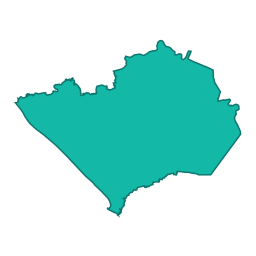 the district of Cuajinicuilapa, Guerrero, Mexico
{"feature_id": "50627088B12095165689012", "entity_name": "Cuajinicuilapa", "entity_type": "district", "adm_level": 2, "iso_a3": "MEX", "parent_name": "Mexico", "parent_adm1": "Guerrero", "projection": "mercator", "projection_center": [-98.579, 16.455], "detail": "fine", "context": "isolated", "style": "filled", "palette": "teal", "viewbox_px": 256, "rotation_deg": 0, "n_neighbors": 0, "source": "geoboundaries", "source_scale": "gbopen_adm2", "svg_char_len": 5629}
<svg xmlns="http://www.w3.org/2000/svg" viewBox="0 0 256 256"><path d="M74.2,80.4L73.8,80.0L72.8,79.9L72.5,79.6L72.4,79.0L73.0,78.2L72.8,78.0L72.2,78.1L71.2,79.0L71.3,80.4L71.2,80.7L71.0,80.8L70.6,80.8L69.9,80.2L69.5,79.2L69.1,79.3L69.0,79.9L68.5,80.3L68.1,80.1L67.9,79.8L67.1,80.0L66.3,79.2L66.0,79.2L65.6,79.4L65.6,80.1L65.9,80.4L65.8,80.8L65.4,81.2L64.6,81.2L63.6,82.1L63.4,82.5L62.1,83.1L62.0,83.3L61.9,84.0L61.7,84.4L60.4,84.8L59.8,84.7L59.1,84.2L58.2,84.5L55.5,84.7L54.0,86.0L54.2,87.3L55.4,88.7L56.3,89.2L57.0,89.2L57.3,89.3L57.7,90.6L57.7,91.1L57.2,91.6L56.3,91.7L55.3,91.1L54.5,91.3L53.3,91.1L52.9,91.7L53.3,92.1L53.2,92.5L51.0,94.4L47.7,94.9L47.0,94.9L46.1,94.5L45.9,94.2L45.9,93.6L45.7,92.9L45.3,92.7L44.6,93.0L43.9,92.8L43.2,93.0L42.0,93.0L41.0,93.5L38.3,93.9L35.8,93.1L35.2,93.3L34.3,94.3L34.1,94.9L33.1,95.7L32.9,95.4L33.1,94.8L32.8,94.5L32.5,94.5L31.6,94.9L31.3,94.7L31.2,94.5L30.3,94.9L30.0,94.7L29.1,95.2L28.8,95.2L28.6,95.0L29.5,94.6L29.3,94.0L28.4,94.1L28.4,94.5L28.0,94.6L27.7,94.3L27.7,93.8L27.4,93.8L26.2,95.0L26.2,95.4L26.5,95.6L26.5,95.4L26.9,95.0L27.6,95.6L27.6,96.2L27.3,96.4L26.9,96.2L25.8,96.8L25.5,97.2L24.8,97.6L23.5,98.0L22.8,97.9L21.1,96.8L20.7,96.8L19.5,97.9L19.4,98.7L19.1,98.8L17.9,98.4L18.1,99.1L18.5,99.3L18.4,99.7L17.9,101.2L18.0,101.7L17.7,102.2L17.2,102.5L15.4,102.7L20.6,109.2L21.9,111.0L23.2,113.0L25.1,116.7L27.9,120.9L29.9,123.4L33.8,127.1L36.5,129.4L44.5,135.4L46.1,136.9L46.6,137.2L46.9,137.5L47.4,137.9L56.5,145.8L66.8,156.1L85.2,175.7L92.7,182.4L93.9,183.7L94.7,184.9L101.9,191.7L103.7,193.8L104.7,194.6L105.8,196.0L106.4,196.4L108.4,198.8L108.7,199.6L109.5,200.9L110.1,202.4L110.8,205.3L110.4,206.6L109.4,208.3L108.8,208.5L107.6,208.1L107.5,208.4L107.8,209.0L108.2,209.5L109.9,210.2L111.9,211.3L112.7,211.5L113.5,212.2L114.0,212.3L116.5,213.3L117.3,214.0L117.6,215.0L118.2,215.4L118.1,215.2L119.1,213.8L119.6,214.1L119.9,213.7L119.3,213.6L119.0,212.9L120.3,212.8L121.1,212.5L121.3,212.1L121.0,211.6L120.3,211.1L120.5,210.9L121.2,210.8L121.3,210.5L119.9,209.5L119.8,209.0L121.7,209.3L122.1,207.6L122.8,206.8L123.5,206.5L123.9,205.5L123.8,205.2L124.1,205.2L124.4,204.9L123.9,202.7L124.5,202.4L124.5,201.9L124.8,201.5L124.4,201.2L124.3,200.8L124.5,200.7L124.8,201.1L125.2,200.4L125.0,200.2L124.7,199.5L124.0,199.1L124.3,199.1L124.4,198.8L124.0,198.5L124.0,198.3L124.9,198.2L125.1,198.7L125.5,198.6L125.7,198.0L126.3,197.7L126.8,196.2L126.8,195.8L127.2,195.7L127.3,195.4L128.8,195.2L129.0,194.0L129.8,193.0L130.7,192.5L131.9,192.4L132.2,192.3L132.6,191.6L133.8,190.3L134.2,189.6L135.8,190.2L136.3,189.8L136.7,189.9L137.4,187.7L139.8,186.8L141.5,186.6L144.4,185.8L144.5,186.9L145.0,187.4L146.5,187.4L146.9,187.0L146.8,186.3L148.0,186.6L148.9,186.6L149.0,186.1L150.8,185.2L153.0,184.5L152.9,182.3L155.7,182.0L155.9,181.8L157.7,181.8L158.7,182.2L159.0,181.9L159.3,181.3L159.4,180.5L159.0,180.4L159.3,179.2L159.6,178.8L160.5,179.4L162.3,179.5L162.6,178.2L164.5,177.9L164.7,177.0L166.2,176.3L166.2,175.7L167.5,174.9L167.5,174.4L168.1,174.5L171.4,173.7L173.5,173.1L173.8,174.6L174.4,174.6L176.5,174.9L176.8,172.7L177.2,172.7L177.0,171.9L177.5,171.5L180.4,171.6L185.4,172.3L188.8,172.3L191.6,173.1L196.3,173.7L198.7,174.8L210.7,174.8L240.6,134.2L240.4,131.6L238.8,127.9L237.0,124.0L235.1,120.9L234.4,117.5L235.3,115.7L235.8,113.7L236.2,113.9L235.8,111.7L236.1,110.7L238.6,109.7L239.0,109.1L238.8,106.3L238.1,105.2L237.1,104.6L235.7,104.3L232.5,105.7L231.7,105.8L230.7,105.8L230.8,105.3L229.7,105.4L229.0,105.2L228.3,104.6L228.1,103.6L229.5,102.1L230.1,100.8L230.3,100.7L230.1,99.9L229.7,99.3L229.3,99.2L225.6,100.0L224.2,100.1L223.5,99.9L220.1,100.7L218.7,101.2L217.8,101.1L217.9,99.9L217.8,99.0L218.2,99.0L220.3,91.7L214.7,82.5L214.1,79.5L213.1,76.9L213.4,76.4L213.1,70.2L208.9,68.0L193.1,61.5L188.0,58.9L189.1,55.8L189.4,55.2L189.5,55.3L190.4,53.4L191.0,51.3L190.8,51.3L190.1,51.3L188.6,51.0L187.5,53.1L186.5,56.1L185.1,58.2L184.3,59.1L183.5,59.5L183.0,59.5L182.3,59.2L181.8,58.8L181.5,58.2L181.7,55.4L181.6,54.8L181.2,54.3L180.6,53.9L179.8,53.8L178.5,54.1L176.5,54.9L175.7,55.0L175.1,54.8L174.8,54.0L174.9,52.0L174.7,51.7L172.9,50.6L170.5,48.0L169.6,47.3L166.4,46.5L165.8,46.1L164.4,44.4L163.2,41.7L162.7,41.2L161.8,40.8L161.2,40.6L160.1,40.7L159.1,41.2L157.8,42.5L157.6,43.9L156.9,45.6L156.8,46.2L157.4,47.8L157.3,49.0L157.2,49.5L156.7,49.9L155.4,50.7L152.4,50.9L149.3,51.9L148.5,52.4L147.5,53.4L144.2,55.2L142.8,55.4L140.3,54.2L138.4,54.3L134.2,55.0L131.2,57.1L130.0,57.3L129.3,57.3L126.5,56.5L125.9,56.2L125.0,57.6L124.9,59.1L126.0,60.4L126.5,61.4L126.4,62.4L126.0,63.0L126.3,63.6L126.4,65.0L124.0,67.6L122.9,68.4L120.9,69.2L113.5,71.2L114.4,72.6L114.6,73.9L114.3,73.9L115.4,76.7L116.0,76.6L115.8,77.0L115.6,78.0L115.7,78.9L114.6,80.5L115.2,81.3L115.9,82.6L113.4,83.0L114.0,84.8L113.7,85.1L114.0,85.5L115.2,85.7L115.2,85.8L114.8,86.0L114.6,86.7L115.1,87.9L114.1,88.3L113.1,88.4L112.8,89.0L110.5,89.7L109.6,90.1L109.3,89.7L108.7,89.4L108.1,89.6L107.9,89.3L107.1,89.1L106.7,88.8L106.5,87.8L107.1,87.4L106.8,86.1L105.6,86.2L104.3,86.1L102.9,85.3L101.2,85.1L100.5,85.5L99.7,85.6L98.2,86.1L97.3,86.0L96.4,87.7L96.1,89.5L96.3,92.2L96.6,93.4L95.5,93.8L95.2,93.4L94.3,93.8L93.7,93.6L93.1,94.3L92.6,94.3L92.6,93.7L91.9,93.7L91.7,94.2L90.8,94.6L90.2,94.4L89.1,93.3L88.0,92.9L87.3,93.2L86.5,92.7L85.1,93.6L84.7,94.4L84.3,94.3L83.8,93.4L83.1,93.5L83.1,93.8L83.7,94.8L83.6,95.0L82.5,95.0L81.8,95.5L81.2,94.9L80.7,95.0L81.0,93.2L80.5,92.4L80.6,90.3L80.1,89.8L80.0,88.9L79.7,88.6L79.9,88.4L78.3,86.3L77.7,85.4L76.6,84.6L75.8,83.7L75.2,83.6L74.9,84.0L74.7,84.7L74.1,84.6L74.0,84.3L74.5,83.7L74.5,83.3L73.9,83.3L73.9,82.9L74.5,81.7L74.2,80.4Z" fill="#14b8a6" stroke="#0f766e" stroke-width="1.5"/></svg>